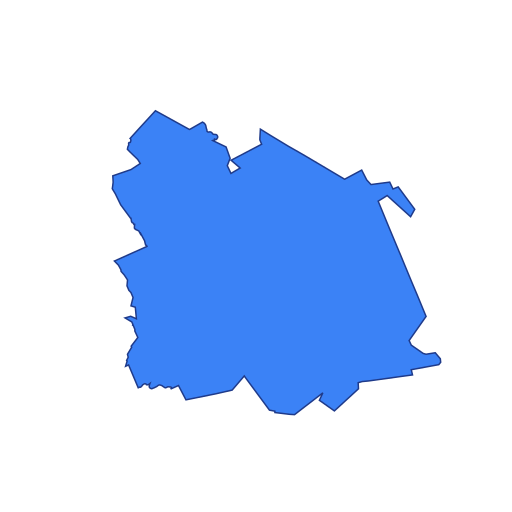 Cananea, Sonora, Mexico (Robinson projection), rotated 246°
{"feature_id": "50627088B87713420511875", "entity_name": "Cananea", "entity_type": "district", "adm_level": 2, "iso_a3": "MEX", "parent_name": "Mexico", "parent_adm1": "Sonora", "projection": "robinson", "projection_center": [-110.19, 30.986], "detail": "fine", "context": "isolated", "style": "filled", "palette": "blue", "viewbox_px": 512, "rotation_deg": 246, "n_neighbors": 0, "source": "geoboundaries", "source_scale": "gbopen_adm2", "svg_char_len": 3579}
<svg xmlns="http://www.w3.org/2000/svg" viewBox="0 0 512 512"><g transform="rotate(246 256 256)"><path d="M183.5,94.8L183.5,96.5L183.2,96.9L183.1,97.2L183.2,97.7L183.4,98.2L183.6,98.7L183.9,99.3L184.3,99.9L184.4,100.1L184.4,100.5L184.5,101.1L184.6,101.7L184.6,102.4L184.3,102.9L184.0,103.2L183.6,103.5L183.0,103.5L182.8,103.7L182.7,104.0L182.4,104.6L182.4,105.0L182.3,105.4L182.3,105.7L182.5,106.4L182.6,106.8L182.7,107.3L182.5,107.1L182.3,106.9L182.0,106.6L181.7,106.3L181.3,106.0L180.9,105.8L180.3,105.4L179.6,105.2L179.2,105.3L178.4,105.5L178.0,105.8L177.6,106.2L177.3,106.6L177.1,106.8L177.1,107.3L177.1,107.8L177.1,108.5L177.0,109.5L177.1,110.7L177.1,111.5L177.1,111.9L177.2,112.5L177.3,113.0L177.5,113.7L177.6,114.3L177.5,115.2L177.4,115.5L177.0,116.1L176.7,116.5L176.3,116.8L175.9,117.2L175.7,117.5L175.0,117.8L174.2,118.3L173.2,118.9L172.7,119.3L172.4,119.7L172.3,120.4L172.3,121.1L172.4,121.7L172.4,122.3L172.3,122.6L172.0,123.0L171.8,123.5L171.5,123.8L171.4,124.2L171.2,124.5L170.9,124.9L170.4,125.2L169.7,124.9L169.4,124.4L169.2,123.9L169.2,132.5L153.1,133.5L146.4,163.5L143.2,179.7L151.2,196.5L150.0,196.7L109.7,205.6L106.6,210.1L105.3,209.6L97.7,222.3L95.4,226.7L98.5,239.4L103.8,261.4L98.4,255.2L82.6,264.6L93.0,295.6L98.7,297.8L98.1,302.0L96.1,307.9L86.7,340.4L83.7,350.6L89.0,351.6L82.4,378.8L83.8,381.5L87.2,382.6L94.7,380.4L97.1,371.4L99.0,369.1L111.4,361.6L116.5,361.5L116.7,361.9L117.7,363.5L130.8,385.4L131.6,386.8L132.3,386.8L154.1,387.4L169.3,387.7L169.5,387.7L189.0,388.2L199.4,388.5L200.8,388.5L201.3,388.5L227.6,389.1L256.4,389.9L257.7,399.2L257.9,400.4L229.0,413.2L234.1,420.0L261.3,414.0L261.5,408.4L269.1,408.2L271.8,399.2L274.5,390.1L280.4,388.1L291.5,387.5L290.1,368.2L291.5,367.2L327.0,342.0L333.2,337.5L343.0,330.3L359.8,318.6L370.1,311.6L362.3,307.6L360.6,306.8L359.8,306.7L358.9,306.7L355.8,306.6L353.6,272.2L342.8,277.3L342.3,272.7L341.6,266.7L350.2,266.5L355.8,272.1L367.8,273.0L379.1,263.4L379.1,263.7L378.9,264.0L378.8,264.4L378.6,264.7L378.6,265.1L379.2,265.2L379.7,265.6L379.5,265.8L379.4,266.0L379.1,266.3L378.9,266.4L378.7,266.6L378.6,266.8L378.7,267.2L378.7,267.6L379.0,267.9L379.2,268.1L379.3,268.4L379.4,268.7L379.7,269.1L380.1,269.3L380.7,269.6L381.6,269.6L382.3,269.5L382.9,269.2L383.2,268.9L383.4,268.7L383.5,268.4L383.6,268.2L383.8,267.8L384.1,267.4L384.3,266.9L384.6,266.5L384.9,266.3L385.2,266.2L385.7,266.1L386.3,265.9L386.9,265.6L387.5,265.3L387.9,264.8L388.2,264.3L388.3,264.0L388.4,263.5L388.6,262.8L389.0,262.4L389.7,262.0L390.1,262.0L391.0,262.4L392.2,262.5L393.6,262.7L395.2,263.1L396.5,263.2L398.3,262.8L400.1,261.6L398.7,247.8L398.7,246.6L400.7,245.1L429.6,223.2L419.5,199.9L414.6,188.8L414.1,189.1L412.4,188.7L410.9,187.4L411.3,186.1L410.9,185.5L409.1,184.8L407.8,183.3L405.8,181.9L402.0,183.3L392.4,187.2L387.6,187.9L385.8,177.0L387.5,157.8L381.5,155.5L377.2,152.9L376.0,152.1L374.7,152.2L370.1,152.8L357.8,153.2L341.4,156.8L341.3,157.1L338.1,156.3L337.0,156.4L336.9,156.6L335.4,157.4L335.0,157.2L334.2,157.4L334.1,157.9L331.6,156.5L330.4,156.2L329.5,156.9L329.2,156.8L327.2,158.6L326.6,159.1L323.0,159.4L323.4,159.8L315.3,160.4L310.9,159.6L310.2,160.3L309.1,160.3L309.0,124.6L303.6,126.6L298.5,127.0L296.8,126.5L292.4,127.9L286.4,128.9L281.2,126.0L276.3,125.9L273.5,126.9L268.1,126.8L261.3,121.5L258.3,124.9L247.3,121.2L251.9,117.0L252.7,111.2L246.3,115.7L243.7,115.7L243.0,115.2L242.7,115.6L238.2,115.5L236.7,114.8L229.6,114.9L224.4,105.3L223.2,105.3L218.5,98.6L215.5,98.1L214.2,96.5L213.2,95.3L212.4,95.5L208.3,92.0L208.3,95.3L188.4,94.9L183.5,94.8Z" fill="#3b82f6" stroke="#1e3a8a" stroke-width="1.5"/></g></svg>